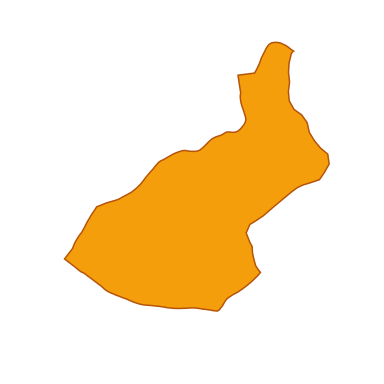 the district of Yahr, Lahij, Yemen, rotated 344°
{"feature_id": "15242507B12651180402694", "entity_name": "Yahr", "entity_type": "district", "adm_level": 2, "iso_a3": "YEM", "parent_name": "Yemen", "parent_adm1": "Lahij", "projection": "robinson", "projection_center": [45.152, 13.723], "detail": "fine", "context": "isolated", "style": "filled", "palette": "amber", "viewbox_px": 384, "rotation_deg": 344, "n_neighbors": 0, "source": "geoboundaries", "source_scale": "gbopen_adm2", "svg_char_len": 2933}
<svg xmlns="http://www.w3.org/2000/svg" viewBox="0 0 384 384"><g transform="rotate(344 192 192)"><path d="M328.4,84.5L326.4,82.0L325.5,80.8L324.6,79.5L322.7,77.2L320.4,75.1L317.8,73.0L315.2,71.7L312.5,70.9L309.7,70.6L306.8,71.3L304.4,73.0L302.2,75.1L299.8,77.8L297.5,80.2L295.3,82.7L293.5,85.3L291.7,87.7L289.4,90.3L287.2,92.7L284.9,94.9L268.4,92.4L266.1,110.2L264.8,113.0L264.5,114.4L264.1,116.3L263.7,119.7L263.7,123.0L263.9,127.0L264.0,130.2L264.1,133.6L263.9,136.8L262.5,139.5L260.3,141.8L257.8,143.5L255.3,145.1L252.7,146.2L249.9,146.4L247.0,145.7L244.2,144.5L241.6,143.9L238.5,144.7L235.7,145.4L232.9,145.5L230.1,145.6L227.1,146.1L224.3,147.1L221.6,148.5L219.0,150.0L216.5,151.4L213.7,152.8L211.0,153.9L208.2,154.1L205.2,153.5L202.4,152.7L199.7,151.6L197.0,150.2L194.2,149.6L191.2,149.7L188.4,149.8L185.3,150.2L182.5,150.8L179.6,151.5L176.8,152.2L173.5,153.0L170.7,153.4L168.0,154.3L165.6,155.9L163.2,157.5L160.7,159.3L158.0,160.9L155.6,162.5L153.2,164.1L150.8,165.8L148.2,167.8L145.7,169.6L142.7,171.4L139.9,172.9L136.5,174.4L133.8,175.5L130.7,176.2L127.8,176.9L124.7,177.5L121.8,178.2L118.6,178.8L115.8,178.9L115.7,178.9L112.7,178.9L109.9,178.9L106.5,178.9L103.2,179.3L100.4,179.6L97.4,179.9L96.6,179.8L95.6,180.6L93.1,182.8L90.4,185.0L88.0,187.1L85.8,189.3L83.3,191.6L81.3,193.7L79.2,196.0L77.0,198.3L74.8,200.4L72.3,202.2L69.7,204.4L67.4,206.5L65.3,208.6L63.4,211.0L61.6,213.4L51.0,221.2L59.7,233.0L61.4,235.6L63.4,238.2L65.8,240.2L79.2,258.0L81.1,261.3L83.0,263.7L85.4,266.0L87.9,268.0L90.4,270.1L93.2,272.1L95.6,274.0L98.5,276.0L100.9,278.0L103.2,279.9L105.6,281.8L108.0,283.5L110.8,285.3L113.8,286.9L116.4,288.0L119.1,289.0L122.4,290.2L125.0,291.3L127.7,292.4L130.3,293.5L133.2,294.8L136.1,296.3L138.9,297.4L142.1,298.7L145.1,299.7L147.8,300.5L151.5,301.4L154.9,302.3L157.7,302.8L160.6,303.6L162.7,304.2L167.8,306.4L169.9,307.5L173.2,308.8L175.0,309.6L176.7,310.3L179.1,311.6L183.1,313.3L184.1,313.4L185.0,313.0L185.9,312.8L187.1,311.8L188.5,310.8L190.0,309.7L191.1,308.7L191.4,308.4L193.2,306.5L195.7,304.6L198.4,303.4L200.9,302.7L203.1,301.9L203.5,301.9L206.3,301.3L209.2,300.6L211.9,299.7L215.0,298.6L217.7,297.6L220.7,296.3L223.5,295.1L226.3,293.7L228.8,292.3L231.5,290.9L234.0,289.3L235.7,288.1L234.6,285.9L232.9,280.5L232.9,276.8L233.1,270.8L233.4,267.2L233.9,264.8L234.3,263.0L234.8,261.2L233.7,256.0L232.8,246.3L238.6,239.2L246.4,237.0L254.2,234.4L265.2,229.3L266.3,228.8L267.8,228.1L271.1,226.7L271.3,226.6L274.0,225.4L275.2,224.9L276.9,224.1L278.4,223.4L280.4,222.6L280.7,222.5L283.0,221.4L285.1,220.5L288.3,219.1L294.6,216.8L297.6,216.3L300.7,215.9L301.0,215.8L306.5,215.8L306.8,215.8L317.9,215.3L325.0,209.4L327.3,207.1L331.5,203.0L331.9,200.4L332.7,194.6L333.0,193.1L327.7,185.3L326.0,181.5L323.8,176.5L321.2,167.1L321.8,157.0L318.6,148.0L312.8,140.7L310.6,131.2L312.4,121.8L316.1,113.2L317.7,103.7L320.9,94.7L325.7,86.2L328.3,84.5L328.4,84.5Z" fill="#f59e0b" stroke="#b45309" stroke-width="1.5"/></g></svg>